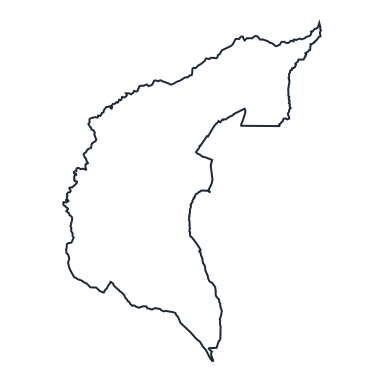 the district of Antonio Ante, Imbabura, Ecuador
{"feature_id": "8360857B41675882344987", "entity_name": "Antonio Ante", "entity_type": "district", "adm_level": 2, "iso_a3": "ECU", "parent_name": "Ecuador", "parent_adm1": "Imbabura", "projection": "albers", "projection_center": [-78.197, 0.328], "detail": "fine", "context": "isolated", "style": "outline", "palette": "slate", "viewbox_px": 384, "rotation_deg": 0, "n_neighbors": 0, "source": "geoboundaries", "source_scale": "gbopen_adm2", "svg_char_len": 5843}
<svg xmlns="http://www.w3.org/2000/svg" viewBox="0 0 384 384"><path d="M213.1,360.9L212.9,359.7L211.1,355.0L211.3,352.8L211.9,351.6L210.6,350.7L208.8,348.7L209.1,348.2L216.6,347.8L218.6,341.4L219.3,340.9L220.3,339.2L220.6,326.9L219.9,322.8L220.2,321.1L219.7,319.1L221.1,315.5L221.8,310.7L220.3,306.4L220.2,303.6L219.4,302.3L218.9,299.4L216.2,296.4L215.6,294.3L215.8,291.3L215.1,287.0L212.1,282.8L210.0,281.8L209.1,280.7L208.1,278.2L207.8,276.0L205.4,270.6L204.9,266.0L203.0,262.9L202.1,257.6L200.9,255.3L200.8,253.4L199.4,251.6L199.3,251.0L200.5,250.6L200.4,249.4L196.6,243.6L191.9,237.4L190.5,236.4L190.0,235.2L190.1,232.4L189.3,231.1L189.6,229.2L190.0,228.5L189.5,225.9L189.7,225.2L189.5,224.5L189.6,221.5L188.9,219.5L189.2,218.6L189.1,216.8L189.6,216.0L189.2,214.9L189.9,213.5L189.9,209.8L191.0,206.6L190.6,204.9L191.1,204.2L191.1,203.6L192.1,202.6L192.5,201.6L192.4,200.9L193.2,199.2L193.9,198.6L193.8,197.8L194.6,197.5L194.7,196.4L196.1,193.9L197.9,193.3L198.6,192.2L199.5,192.0L201.2,190.6L202.1,190.7L203.6,190.4L205.0,190.8L206.9,190.5L210.4,192.5L209.4,191.5L208.8,189.6L211.4,184.3L212.5,180.0L210.8,166.0L210.9,164.4L212.2,160.0L205.2,157.2L203.1,156.9L202.5,156.3L200.9,155.6L199.6,154.4L197.6,153.7L196.0,152.1L199.1,147.9L199.6,145.9L200.2,146.1L207.0,136.1L207.9,136.6L213.4,127.2L216.2,123.6L217.6,122.6L218.4,121.1L220.3,122.3L222.3,119.6L223.2,119.9L223.9,119.2L225.5,119.5L229.9,116.5L232.3,115.6L234.1,114.2L234.0,113.9L244.6,108.7L245.3,110.3L245.3,112.6L243.0,119.9L241.1,124.7L241.3,125.8L280.1,126.1L279.0,125.6L279.1,124.4L280.7,123.5L281.6,122.0L282.7,121.3L283.5,118.8L285.0,118.3L287.4,119.4L289.2,118.5L289.3,117.9L288.2,115.1L288.0,113.3L289.0,111.7L289.5,109.1L290.7,108.0L289.7,106.7L289.6,105.8L289.9,104.1L288.8,103.0L289.7,101.3L289.1,100.7L289.3,99.7L288.6,98.4L289.4,97.1L288.3,95.8L288.5,93.5L288.2,89.2L289.5,81.3L288.9,79.5L289.1,78.8L288.5,78.0L289.2,76.6L289.0,74.0L289.9,72.8L290.2,70.5L291.8,70.0L292.2,69.1L292.1,68.2L293.4,68.1L294.8,67.2L295.4,66.2L295.5,65.1L296.0,64.7L295.4,63.6L298.0,61.3L298.5,59.6L303.5,59.6L304.3,58.4L304.6,57.3L305.5,56.6L305.4,55.6L306.3,54.7L306.4,54.3L305.3,53.5L305.3,53.2L308.1,51.6L308.9,50.2L309.7,50.3L310.2,49.8L310.3,46.6L310.7,45.5L310.5,44.2L311.7,44.0L313.5,43.2L314.0,42.1L315.2,41.8L315.5,40.7L316.4,40.3L319.2,36.7L320.5,36.3L319.9,32.4L320.9,30.1L320.2,28.9L320.3,27.2L319.3,23.0L318.1,26.9L317.5,27.7L316.1,28.7L314.5,29.0L312.6,31.5L311.5,31.3L311.0,31.6L311.3,32.7L310.7,34.9L309.1,36.1L306.2,36.9L304.8,38.2L301.7,39.4L299.6,38.6L296.2,40.0L294.0,39.5L293.6,39.8L293.5,41.3L290.7,40.8L289.2,42.5L287.5,43.1L286.5,43.0L284.2,41.8L282.0,41.8L281.1,42.4L279.7,44.8L276.4,46.2L275.3,45.9L272.2,43.3L270.2,42.9L267.8,41.2L262.5,39.4L260.8,39.7L260.1,39.5L257.5,36.5L256.7,36.1L254.6,36.2L252.1,38.3L247.1,38.2L244.6,40.4L243.7,39.1L242.9,36.7L241.5,36.5L240.5,37.1L239.1,39.0L237.3,38.8L235.9,39.0L235.2,39.5L233.0,44.0L231.3,45.8L222.1,50.2L221.4,51.0L219.8,54.1L217.9,55.1L217.5,57.1L216.8,57.9L216.0,58.3L214.0,57.9L210.8,57.9L209.2,59.1L206.9,58.5L206.0,58.6L204.8,60.8L201.1,63.9L198.5,65.3L196.1,67.7L195.3,68.2L193.7,67.9L193.0,68.2L192.4,68.8L192.2,73.0L191.7,75.1L189.3,75.7L187.9,77.2L185.1,77.5L179.9,80.7L177.1,81.6L173.8,83.6L170.8,84.7L168.5,83.4L162.5,81.3L160.8,80.3L160.2,80.3L158.1,81.2L155.9,80.5L154.2,80.6L152.2,84.6L151.1,85.4L148.5,86.1L147.3,84.8L146.5,84.5L143.7,85.7L140.0,85.8L139.1,86.7L139.0,87.7L137.9,89.5L137.6,90.9L136.9,91.4L136.0,91.5L134.1,90.9L133.2,92.8L130.9,94.3L129.0,93.3L125.9,93.3L126.8,95.2L126.3,96.2L124.5,97.5L122.0,97.0L121.4,99.7L120.2,100.3L119.2,99.7L118.0,102.4L117.4,102.7L116.7,102.1L116.3,102.2L115.2,103.6L112.7,104.1L112.0,105.3L110.8,105.9L110.8,106.3L112.2,107.2L111.6,108.6L111.0,108.5L109.8,106.8L109.1,106.4L107.6,107.0L106.4,107.0L104.1,109.8L103.5,112.3L101.9,112.9L101.5,114.2L100.3,115.9L98.2,115.5L98.0,116.8L97.6,117.5L95.0,117.1L90.4,118.4L89.7,118.9L89.4,119.7L89.6,122.4L88.4,123.9L89.9,126.6L91.1,127.8L91.4,129.5L93.5,130.2L94.0,131.5L94.8,132.4L94.4,134.6L96.1,139.1L96.2,140.0L95.5,141.1L91.9,143.5L90.9,148.0L88.1,149.1L86.4,151.1L86.1,152.1L83.8,153.7L83.9,155.4L84.8,157.4L86.0,158.7L86.5,160.8L88.0,163.0L87.5,163.6L86.1,163.7L85.4,165.3L85.4,166.8L86.2,169.5L85.4,169.8L84.4,169.0L83.1,168.7L80.6,169.1L78.3,167.8L76.7,168.4L76.2,169.7L76.4,170.9L75.0,171.3L73.8,172.0L74.0,173.2L74.7,173.7L75.9,173.7L76.3,174.8L76.0,175.0L75.3,174.5L74.2,176.6L74.0,177.4L74.6,179.0L74.1,180.0L75.1,181.2L76.9,181.5L77.1,182.4L75.4,184.5L72.3,187.3L69.7,187.6L69.3,188.1L69.4,188.9L70.4,189.9L70.6,191.3L70.0,192.2L68.0,192.5L67.6,193.0L66.9,194.6L67.5,195.9L66.8,196.8L67.2,198.8L66.0,199.9L66.2,200.4L68.3,200.5L68.5,201.0L66.0,202.5L63.7,202.1L63.1,203.0L63.7,205.4L65.0,205.9L65.8,207.0L67.4,208.0L68.0,208.8L67.9,209.6L66.4,210.6L66.4,211.3L69.0,213.2L69.4,214.9L71.7,216.8L72.1,217.8L72.1,219.8L70.5,226.1L71.3,227.6L71.2,231.3L72.6,233.4L72.5,235.9L73.7,237.7L71.5,242.5L70.6,242.9L68.6,243.0L66.9,244.2L66.6,247.9L66.1,249.3L66.4,250.3L66.2,251.1L66.5,253.1L67.9,254.2L69.3,258.3L68.1,262.5L68.9,266.6L70.2,270.0L74.0,276.9L78.2,279.4L81.2,280.4L85.1,282.9L86.9,283.6L90.3,287.3L96.2,287.6L99.6,290.9L103.7,292.6L105.5,289.5L106.9,288.3L108.4,285.3L109.6,284.0L110.5,281.8L110.8,281.9L113.2,283.7L113.7,285.4L115.4,287.2L119.2,290.3L120.1,291.6L121.7,292.4L123.7,294.5L124.8,296.4L125.2,297.6L127.3,299.9L127.8,301.2L129.2,302.0L130.5,304.4L131.3,304.7L132.2,305.8L134.1,305.4L137.4,307.3L138.9,307.7L143.0,306.3L146.4,306.4L147.2,308.3L150.0,308.8L150.9,309.4L152.2,309.4L154.9,308.2L156.8,308.2L157.8,308.7L159.9,308.9L161.5,310.4L163.7,311.3L165.7,310.9L166.9,311.1L173.3,312.2L175.3,313.0L176.4,315.2L178.3,317.4L180.5,322.9L190.1,331.9L196.3,338.9L200.0,341.8L202.6,346.2L205.9,350.0L210.3,358.6L212.3,361.0L213.1,360.9Z" fill="none" stroke="#1e293b" stroke-width="2"/></svg>